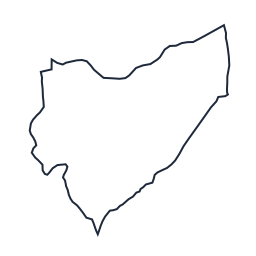 outline of Torsby, Värmland, Sweden, rotated 93°
{"feature_id": "70781695B46628667043921", "entity_name": "Torsby", "entity_type": "district", "adm_level": 2, "iso_a3": "SWE", "parent_name": "Sweden", "parent_adm1": "Värmland", "projection": "robinson", "projection_center": [12.95, 60.548], "detail": "fine", "context": "isolated", "style": "outline", "palette": "slate", "viewbox_px": 256, "rotation_deg": 93, "n_neighbors": 0, "source": "geoboundaries", "source_scale": "gbopen_adm2", "svg_char_len": 1586}
<svg xmlns="http://www.w3.org/2000/svg" viewBox="0 0 256 256"><g transform="rotate(93 128 128)"><path d="M89.3,30.0L87.4,30.9L83.7,31.2L78.1,31.2L71.4,31.5L64.2,30.6L60.2,30.1L51.7,31.0L43.2,32.5L37.6,33.7L32.8,35.0L28.0,35.1L20.3,37.6L31.1,54.8L35.3,61.7L38.8,67.6L39.1,72.7L40.4,78.8L43.3,84.3L43.9,90.6L47.8,95.5L55.6,99.8L58.2,102.4L63.0,109.0L64.7,116.4L67.6,123.1L75.4,129.5L78.3,133.2L79.3,138.9L79.2,146.3L79.2,155.0L76.9,158.1L71.7,164.9L67.4,168.6L63.5,172.7L62.5,177.5L63.1,182.6L66.0,193.2L68.0,196.5L66.7,202.1L63.5,207.8L73.5,207.4L74.2,210.0L76.5,218.0L77.0,217.9L82.2,216.5L86.0,216.5L93.6,215.3L101.2,214.6L105.3,213.9L111.4,213.2L117.1,216.8L120.1,219.7L124.7,223.3L128.5,225.2L135.7,226.0L139.1,224.7L142.5,222.1L146.3,219.9L150.1,218.7L153.2,221.4L157.7,222.8L162.3,219.2L164.6,216.3L169.1,211.5L174.8,211.0L177.1,209.4L178.2,208.6L178.9,206.2L177.0,204.5L172.1,201.1L168.7,196.5L167.5,188.4L169.8,186.5L173.6,187.4L178.1,189.6L180.8,190.3L183.8,188.1L189.5,186.7L192.9,185.0L197.8,183.6L201.6,181.7L204.6,179.5L208.0,174.7L211.4,171.6L214.8,168.7L219.7,164.9L221.2,159.1L224.6,157.5L231.8,154.6L235.7,152.6L232.0,151.5L227.2,150.2L222.3,148.5L217.6,146.2L211.5,141.8L210.9,138.6L209.6,134.9L206.3,132.1L204.5,129.2L199.1,123.7L196.2,119.4L192.1,116.3L190.8,113.1L188.3,112.3L186.5,109.9L183.4,107.1L182.3,103.7L181.3,100.8L177.7,99.7L173.4,98.9L170.8,96.2L168.5,92.0L165.9,87.0L162.1,82.7L158.0,79.2L151.1,75.3L143.1,71.5L134.2,66.0L125.0,60.1L111.9,51.8L103.0,46.2L96.7,41.1L92.3,39.5L91.1,32.5L89.3,30.0Z" fill="none" stroke="#1e293b" stroke-width="2"/></g></svg>